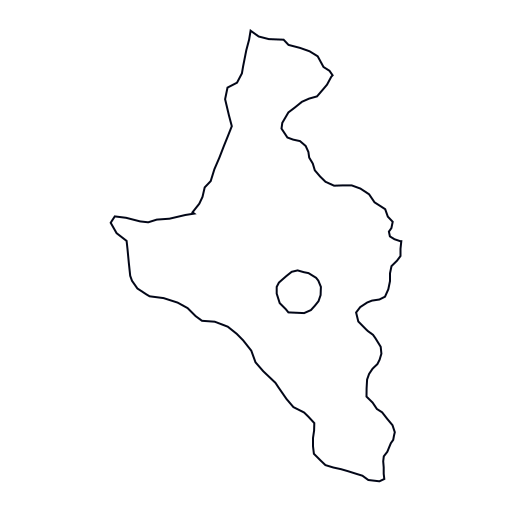 the district of Babek District, Babək, Azerbaijan
{"feature_id": "54616110B53070579367508", "entity_name": "Babek District", "entity_type": "district", "adm_level": 2, "iso_a3": "AZE", "parent_name": "Azerbaijan", "parent_adm1": "Babək", "projection": "mercator", "projection_center": [45.413, 39.259], "detail": "fine", "context": "isolated", "style": "outline", "palette": "ink", "viewbox_px": 512, "rotation_deg": 0, "n_neighbors": 0, "source": "geoboundaries", "source_scale": "gbopen_adm2", "svg_char_len": 2312}
<svg xmlns="http://www.w3.org/2000/svg" viewBox="0 0 512 512"><path d="M401.3,241.2L400.3,241.2L394.4,239.2L389.9,236.4L388.9,231.6L391.4,228.1L392.7,221.8L387.8,216.6L385.2,209.2L374.5,202.3L369.1,194.3L360.3,188.5L360.2,188.5L351.7,185.4L342.6,185.4L334.1,185.7L325.5,181.8L320.1,176.5L314.8,170.3L312.8,163.6L309.2,157.6L308.4,152.0L305.7,146.0L300.0,141.1L293.1,139.6L287.4,137.5L281.5,128.6L282.3,122.8L288.4,112.4L295.0,107.4L301.9,101.8L309.1,98.6L317.0,96.4L322.6,89.9L327.0,84.7L331.3,76.7L332.6,75.3L329.5,70.8L323.5,67.0L317.7,56.3L309.6,51.3L300.0,47.9L288.5,44.9L283.6,39.7L268.8,39.1L258.7,36.5L251.0,31.0L250.6,30.7L249.1,39.7L246.3,50.2L243.1,66.4L241.9,73.4L237.0,82.7L227.5,87.6L225.1,99.2L228.9,115.2L231.8,126.2L228.0,135.8L224.0,145.7L219.4,157.6L214.4,169.2L210.7,181.1L204.7,187.4L202.5,196.9L199.3,203.7L192.5,212.3L194.2,213.6L185.3,215.0L169.5,218.7L156.8,219.6L148.2,222.3L140.1,221.4L126.1,217.8L114.8,216.4L111.8,221.0L110.7,222.8L116.6,233.2L126.6,240.9L127.5,249.1L128.8,262.7L130.2,275.8L132.0,280.8L137.4,288.5L146.4,294.4L149.6,296.3L163.6,298.1L177.6,302.6L187.6,308.1L195.7,316.2L202.0,320.8L214.7,321.7L227.8,326.7L236.8,333.9L243.1,340.3L251.3,350.7L255.5,362.3L263.3,371.3L275.5,382.9L278.4,387.3L286.5,399.0L293.4,407.1L304.1,412.5L308.5,416.8L314.3,423.1L314.1,430.5L313.0,438.0L313.0,446.3L313.9,453.8L320.4,460.3L325.4,465.1L333.3,467.5L341.1,469.2L348.0,471.2L355.9,473.7L362.4,475.7L368.3,480.0L379.4,481.3L384.3,479.0L383.7,473.8L383.7,467.4L383.2,461.3L383.8,456.3L387.3,451.8L389.3,446.9L390.9,443.1L393.2,439.9L394.0,435.6L394.8,432.2L392.5,425.2L387.4,419.1L382.1,412.3L376.9,409.0L372.6,402.6L366.5,396.6L366.6,388.3L367.1,379.5L369.1,373.9L372.5,368.8L374.2,367.1L377.4,364.1L379.6,359.7L381.4,353.7L380.7,346.8L375.4,338.2L373.0,334.8L367.9,331.1L366.3,329.6L358.3,321.5L356.1,312.5L360.2,307.1L367.2,302.5L372.0,300.6L379.4,299.5L385.0,296.7L388.3,289.3L390.0,281.1L390.0,273.3L391.5,266.1L397.0,260.7L400.5,256.0L400.5,248.8L401.3,241.2ZM301.8,271.6L303.9,272.2L308.5,273.1L316.1,277.8L318.3,280.6L320.9,286.9L320.6,295.1L318.5,301.2L314.8,305.8L310.9,310.1L304.1,313.1L288.4,312.4L285.8,309.2L279.7,303.1L276.7,293.6L276.7,286.9L278.9,282.6L282.4,279.5L286.3,276.1L291.7,271.8L297.6,270.4L301.8,271.6Z" fill="none" stroke="#020617" stroke-width="2"/></svg>